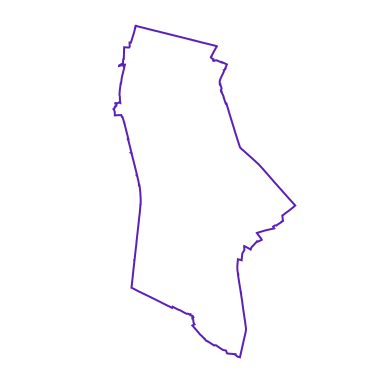 Geldrop-Mierlo, Noord-Brabant, Netherlands (Albers equal-area conic projection), rotated 105°
{"feature_id": "6326949B89092473221427", "entity_name": "Geldrop-Mierlo", "entity_type": "district", "adm_level": 2, "iso_a3": "NLD", "parent_name": "Netherlands", "parent_adm1": "Noord-Brabant", "projection": "albers", "projection_center": [5.589, 51.432], "detail": "fine", "context": "isolated", "style": "outline", "palette": "violet", "viewbox_px": 384, "rotation_deg": 105, "n_neighbors": 0, "source": "geoboundaries", "source_scale": "gbopen_adm2", "svg_char_len": 5562}
<svg xmlns="http://www.w3.org/2000/svg" viewBox="0 0 384 384"><g transform="rotate(105 192 192)"><path d="M46.1,289.5L47.0,289.5L46.8,289.3L53.8,289.3L54.0,289.3L58.2,289.5L63.5,289.7L63.8,291.0L65.7,290.4L67.5,289.8L68.0,289.9L68.7,290.1L69.8,295.0L80.7,292.4L80.7,292.7L80.8,292.7L82.8,292.6L85.2,292.0L85.4,291.9L87.6,294.1L88.7,295.2L89.2,295.1L87.8,292.7L87.7,292.5L87.5,292.2L87.3,291.7L87.1,291.3L86.9,290.9L86.8,290.6L86.6,290.2L86.4,289.7L87.9,289.7L88.4,290.2L88.6,290.4L88.9,290.2L89.0,290.1L89.6,289.6L92.7,289.6L94.2,289.5L94.6,289.5L96.5,289.5L97.6,289.5L99.2,289.4L100.8,289.3L103.2,288.9L103.4,288.9L105.5,288.7L105.5,289.0L107.9,288.7L110.8,288.3L112.4,288.1L115.5,287.5L117.4,287.0L118.4,286.4L120.7,285.8L121.4,285.5L123.1,284.9L124.6,284.3L124.5,285.1L124.2,285.5L124.3,285.7L124.7,286.1L125.2,286.5L125.3,286.6L125.5,286.9L125.5,287.0L125.7,287.9L125.7,288.0L125.9,288.9L125.9,289.0L126.0,289.1L126.4,289.0L126.4,288.9L126.5,288.7L126.8,287.6L128.3,287.4L128.7,287.9L129.3,288.5L129.7,288.1L130.6,288.6L130.9,288.5L132.2,289.3L132.3,289.1L132.4,288.9L133.8,287.8L134.1,287.6L134.7,287.4L136.0,286.9L138.0,286.4L137.8,285.8L137.4,284.8L137.0,283.5L136.4,281.6L136.0,280.2L137.6,279.2L137.6,278.5L139.1,277.6L140.1,276.9L141.5,276.1L142.6,275.5L143.3,275.1L143.2,275.0L145.8,273.6L149.4,271.6L157.4,267.1L157.7,267.7L158.0,267.5L158.1,267.1L166.0,262.7L169.4,260.9L169.9,260.5L170.1,260.9L170.3,260.4L179.9,255.0L189.3,249.8L190.0,250.1L190.2,249.9L189.6,249.7L191.7,248.5L193.1,247.8L194.5,247.0L195.9,246.3L197.4,245.6L198.8,245.0L199.3,245.1L199.5,244.9L199.2,244.5L200.2,244.0L201.7,243.4L203.2,242.8L204.6,242.3L206.2,241.7L207.7,241.2L209.2,240.7L210.7,240.2L212.3,239.7L213.8,239.3L215.3,238.9L217.3,238.4L217.4,238.6L221.9,237.7L222.8,237.6L224.8,237.2L228.9,236.6L232.3,236.1L237.3,235.3L240.7,234.8L246.6,233.9L253.8,232.8L256.7,232.3L266.2,230.9L272.4,229.9L272.6,230.2L272.9,230.2L273.2,229.8L276.1,229.4L283.2,228.3L291.4,227.0L300.1,225.7L300.7,222.7L301.9,217.6L302.3,215.1L302.8,212.6L303.3,209.9L305.0,201.2L306.5,193.8L307.4,189.7L308.7,182.9L308.9,182.5L309.1,181.2L307.8,181.1L308.6,177.6L309.1,175.6L309.3,173.0L310.7,167.5L311.0,165.8L310.6,164.6L310.9,163.0L310.4,161.9L311.5,161.6L311.4,159.5L311.8,159.0L312.3,158.5L312.6,159.3L314.0,159.0L313.8,158.4L315.3,157.7L316.0,157.4L317.4,156.9L317.9,156.6L319.2,155.3L320.8,157.1L321.4,156.3L321.6,155.9L321.9,155.5L322.2,155.1L322.4,154.8L323.0,154.0L323.1,153.7L323.4,153.3L324.4,151.7L325.0,150.9L325.2,150.6L325.4,150.5L325.6,150.2L325.7,149.9L325.8,149.7L326.7,148.5L327.1,148.1L327.3,147.6L327.5,147.4L327.6,147.2L327.8,146.8L328.6,145.3L328.7,145.0L328.9,144.8L329.7,143.4L330.1,142.7L330.3,142.1L330.5,142.2L332.1,139.6L332.1,138.8L332.3,138.2L332.2,138.2L333.0,135.6L333.2,135.1L334.3,131.5L334.5,131.4L334.5,130.9L334.3,130.8L334.0,129.9L333.9,129.7L333.9,129.3L333.9,129.1L333.9,128.8L333.9,128.7L334.7,126.8L335.0,125.9L335.4,124.8L336.1,122.7L336.5,121.2L336.4,119.4L336.4,118.8L336.3,118.5L336.5,118.0L336.7,117.8L338.5,116.7L338.8,116.4L338.8,116.2L338.7,115.2L338.3,113.0L337.6,109.1L337.6,108.7L337.3,108.0L337.4,107.8L338.1,107.8L339.3,105.2L339.3,104.9L339.2,104.8L339.2,104.4L339.2,104.0L339.2,102.9L337.6,103.0L337.2,103.0L332.2,103.2L329.5,103.3L324.3,103.5L322.6,103.6L320.3,103.7L316.4,103.8L316.1,103.8L312.8,104.0L311.6,104.1L310.3,104.4L309.9,104.5L309.7,104.6L309.2,104.8L307.3,105.6L305.4,106.4L304.6,106.7L304.3,106.8L304.2,106.8L304.0,107.0L303.8,107.0L299.8,108.8L295.4,110.7L290.3,112.9L283.8,115.6L283.4,115.8L282.9,116.0L276.4,118.9L276.5,118.6L275.9,118.8L275.8,119.1L266.8,123.2L266.5,123.3L261.3,125.6L259.7,126.3L259.6,126.0L259.2,126.2L258.8,126.4L258.6,126.5L257.4,127.2L256.0,127.8L253.9,128.5L251.5,129.1L251.1,129.2L250.4,129.3L249.4,129.5L247.3,129.8L245.1,130.2L245.2,129.2L245.0,128.8L245.1,126.5L245.1,126.4L238.3,127.5L234.5,126.4L230.9,127.6L230.7,127.6L231.0,126.0L232.2,121.0L232.4,120.5L230.4,120.3L230.2,120.3L230.1,120.2L229.7,120.1L229.4,119.9L228.9,119.7L228.5,119.4L226.5,118.3L223.3,116.6L223.2,116.5L222.8,116.4L223.1,115.8L220.2,112.3L219.8,112.5L219.5,112.7L218.6,113.9L214.8,118.8L214.7,118.7L210.1,111.2L205.9,103.2L204.4,104.7L203.2,103.6L202.9,103.2L202.7,102.8L202.5,102.3L202.6,102.0L200.0,99.7L199.1,98.9L198.0,97.9L197.6,98.0L196.5,96.6L191.8,98.5L191.3,98.7L191.1,98.5L190.7,98.0L190.0,97.5L187.2,95.4L186.9,95.1L186.6,94.9L186.4,94.7L185.6,94.1L184.1,92.9L180.3,90.1L178.3,88.8L173.4,96.4L171.8,98.8L165.8,107.9L165.1,109.0L162.8,112.5L161.3,114.8L159.3,117.7L154.8,124.4L152.0,128.6L148.0,134.8L144.4,141.7L140.0,150.4L139.3,151.8L138.9,152.5L137.4,155.8L137.1,156.0L136.6,157.1L130.3,161.2L124.2,165.1L116.5,169.9L114.6,171.1L104.7,177.3L97.5,181.7L97.9,182.3L97.6,182.5L94.7,184.4L94.8,184.4L94.4,184.6L93.3,185.3L93.2,185.4L93.2,185.5L91.0,186.6L87.5,189.8L87.3,189.4L86.0,190.5L84.5,190.1L84.2,190.3L82.0,191.7L81.2,192.3L80.6,192.6L80.4,192.6L80.4,193.0L80.6,192.9L80.7,193.0L79.6,193.4L79.1,193.6L78.9,193.6L78.6,193.7L77.7,193.9L77.0,193.9L76.8,193.9L76.1,193.9L75.8,193.8L75.3,193.8L74.2,193.6L72.8,193.4L71.4,193.1L69.3,192.7L68.0,192.5L67.8,192.5L67.7,192.5L66.3,192.4L66.0,192.7L65.5,192.0L65.2,191.9L65.3,192.1L61.2,191.5L59.7,191.3L58.8,196.8L59.2,196.8L58.4,202.3L59.4,204.6L59.7,204.7L59.6,205.6L59.1,205.6L58.7,205.9L58.2,205.8L57.7,207.8L57.0,208.6L56.4,208.4L56.4,208.6L54.1,208.0L51.0,207.3L47.8,206.5L44.8,205.7L44.7,206.2L44.9,217.9L45.0,219.8L45.0,222.7L45.0,224.0L45.4,249.3L45.8,270.7L45.9,275.6L45.9,277.5L46.1,289.5Z" fill="none" stroke="#5b21b6" stroke-width="2"/></g></svg>